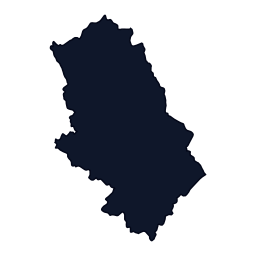 Thong Nong, Cao Bằng, Vietnam
{"feature_id": "81297802B64889817574793", "entity_name": "Thong Nong", "entity_type": "district", "adm_level": 2, "iso_a3": "VNM", "parent_name": "Vietnam", "parent_adm1": "Cao Bằng", "projection": "robinson", "projection_center": [105.937, 22.818], "detail": "fine", "context": "isolated", "style": "filled", "palette": "ink", "viewbox_px": 256, "rotation_deg": 0, "n_neighbors": 0, "source": "geoboundaries", "source_scale": "gbopen_adm2", "svg_char_len": 5708}
<svg xmlns="http://www.w3.org/2000/svg" viewBox="0 0 256 256"><path d="M55.1,142.5L55.9,142.9L56.9,144.4L56.9,145.1L56.4,146.1L55.7,147.3L55.6,147.8L55.9,148.0L57.5,147.8L58.7,148.5L60.2,149.9L63.3,151.6L66.7,153.0L67.4,153.7L67.8,154.5L67.8,156.5L68.1,157.2L69.1,158.7L70.6,160.2L71.5,162.1L71.7,164.7L72.0,165.5L72.5,165.8L73.1,165.9L74.0,165.7L74.4,165.4L75.1,165.5L75.7,166.6L76.3,166.5L77.7,165.9L78.7,165.9L80.1,166.4L84.7,169.5L85.9,170.0L86.4,170.0L88.1,169.5L88.6,169.5L89.4,169.8L90.1,170.8L90.2,174.4L89.9,175.6L88.9,177.4L89.0,177.8L91.0,179.6L92.0,180.0L93.3,179.9L96.1,177.9L96.5,178.0L97.2,178.9L97.7,179.4L98.1,179.6L98.6,179.6L99.6,179.2L100.5,179.1L101.1,179.4L101.7,179.8L106.3,184.7L107.0,184.9L107.9,184.8L108.6,184.3L109.3,184.2L109.6,184.4L111.0,186.6L111.6,187.1L113.7,187.9L114.3,187.9L114.5,188.1L114.6,188.3L114.1,188.6L113.8,189.3L113.1,191.6L112.7,192.5L112.3,193.0L111.2,194.0L108.5,196.6L106.4,198.2L105.8,198.9L105.7,199.4L107.6,201.1L107.9,201.8L107.8,202.5L107.2,203.9L106.7,204.4L103.7,206.4L102.5,207.8L102.0,208.5L101.7,209.4L101.9,210.1L102.4,210.7L104.3,211.9L107.6,212.7L108.7,213.4L109.9,215.1L110.3,215.2L111.1,214.9L112.2,214.7L113.9,214.8L116.7,215.5L117.5,215.5L118.1,215.3L120.2,213.5L122.0,212.0L122.9,212.0L123.9,212.7L124.5,213.8L124.8,215.0L124.8,219.1L125.0,219.8L126.3,221.4L126.6,222.4L126.4,224.5L126.6,226.7L127.2,227.3L127.7,227.4L129.1,227.0L129.7,227.1L130.1,227.4L130.5,227.9L130.5,231.5L130.6,231.9L131.0,232.1L132.0,231.9L133.0,231.4L133.6,231.4L135.8,232.6L137.8,233.1L138.4,233.4L140.1,232.5L142.8,231.3L143.7,231.1L145.4,231.5L149.4,235.9L149.6,236.4L149.7,237.2L149.7,238.1L150.1,239.1L150.8,240.1L151.5,240.6L152.1,240.5L154.0,238.9L154.6,237.2L155.9,234.7L155.7,233.9L154.9,232.9L154.8,232.3L156.7,229.9L157.3,227.5L157.7,226.3L157.9,224.9L158.1,224.7L158.5,224.3L159.1,224.3L160.4,224.8L161.3,225.0L162.3,224.9L163.6,223.4L164.4,221.1L165.0,219.1L165.2,217.2L165.2,216.4L165.5,216.0L168.4,214.6L169.2,214.4L171.3,214.7L171.8,214.4L172.7,213.3L172.3,212.4L171.9,211.9L171.6,211.2L171.6,209.8L172.4,208.5L173.1,206.7L173.2,205.7L173.1,205.2L172.6,204.4L172.7,204.2L173.6,203.7L175.6,202.9L176.2,202.5L176.7,201.8L177.0,201.0L176.9,198.0L177.2,197.7L178.9,196.4L180.1,195.0L180.5,194.6L181.1,194.5L181.6,194.6L182.6,195.4L183.5,195.8L185.5,195.6L186.9,194.2L188.7,191.8L189.5,190.1L190.2,189.1L192.5,186.6L197.0,181.8L199.6,179.0L202.2,176.8L205.5,174.6L205.0,173.9L203.9,172.7L203.0,170.5L201.9,168.6L200.4,165.4L198.1,162.9L196.7,162.3L194.9,161.1L194.2,160.4L194.0,157.9L193.5,157.3L192.8,156.7L191.0,155.6L190.4,155.5L190.3,155.3L190.3,154.8L190.0,153.8L190.2,152.0L190.1,151.7L189.6,151.4L188.0,150.9L187.2,150.8L186.7,150.8L186.7,150.7L186.7,149.4L186.5,148.6L186.1,147.8L186.1,147.4L186.4,146.7L187.2,146.2L188.1,145.0L188.8,143.5L192.8,135.9L193.0,135.0L193.1,134.5L192.7,133.4L191.4,132.1L190.2,131.5L187.1,130.5L186.0,129.6L185.2,128.5L183.9,125.5L183.6,124.4L183.1,123.8L180.7,122.9L177.7,121.3L174.2,119.3L171.4,117.3L170.4,116.5L168.3,115.7L168.1,115.3L167.7,113.5L167.2,113.3L166.0,113.1L165.6,112.7L165.2,111.9L165.1,110.6L165.6,106.9L165.9,105.9L165.9,105.2L165.5,102.5L165.6,100.2L164.8,96.2L164.0,94.5L164.0,94.0L164.1,93.3L164.5,91.7L164.6,90.7L164.2,88.9L163.5,88.2L160.7,87.3L160.0,86.7L159.5,85.9L159.1,84.2L158.1,82.5L156.6,80.4L155.8,78.5L155.5,77.8L153.9,77.0L153.3,76.4L153.2,75.7L153.2,74.9L153.0,73.2L151.8,72.2L151.0,71.3L150.8,70.3L150.9,67.3L151.2,66.0L150.8,65.1L150.3,64.3L149.4,63.4L147.9,63.1L147.4,62.8L146.7,61.4L145.8,60.8L144.9,55.8L143.7,52.6L144.7,50.0L144.7,49.0L143.1,46.2L142.8,45.2L142.6,43.9L142.1,43.4L141.6,43.2L140.7,43.6L136.9,45.2L134.3,46.0L132.9,46.2L132.2,45.9L131.7,45.6L131.1,44.9L129.8,41.0L129.8,40.2L130.3,37.4L130.8,36.2L132.6,33.8L132.7,33.1L132.6,32.3L132.2,30.7L131.9,29.5L130.6,28.5L130.5,28.8L129.2,29.3L121.8,29.2L120.6,29.5L118.9,29.5L118.3,29.3L117.9,29.0L117.7,27.9L117.7,26.2L117.5,25.4L116.7,24.7L115.2,23.9L113.6,23.3L112.7,22.6L111.8,21.1L110.9,20.0L110.4,19.7L109.8,19.7L108.8,20.0L107.6,20.0L107.2,19.9L106.5,19.3L106.2,18.9L105.4,15.8L105.1,15.4L104.8,15.4L104.3,15.7L101.3,19.8L99.6,21.5L96.3,23.2L93.7,23.1L92.1,22.9L91.0,23.1L90.5,23.4L88.4,26.6L87.5,27.8L86.0,28.9L84.2,29.7L83.4,30.4L82.8,31.4L81.6,35.7L80.5,37.7L80.2,38.5L79.6,38.8L78.0,38.3L77.4,37.8L75.9,37.7L74.8,37.8L73.9,38.3L72.7,39.1L71.6,40.1L70.9,40.4L70.4,40.4L63.8,45.1L62.8,45.5L61.8,45.6L61.2,45.5L60.5,44.8L60.0,44.8L59.0,45.6L58.6,45.7L57.7,45.4L56.4,44.4L53.8,41.7L53.5,41.7L53.0,42.4L52.9,43.5L53.1,46.0L53.1,46.4L52.8,46.6L52.6,46.6L51.7,45.9L51.3,46.0L50.8,46.3L50.5,47.3L50.5,48.2L50.7,48.8L51.5,49.6L52.8,50.6L53.3,51.2L53.7,53.0L54.0,54.7L54.5,56.0L55.8,57.9L56.2,58.6L56.6,59.9L57.1,61.0L58.9,62.5L59.9,63.7L60.6,65.4L62.2,68.4L62.6,69.9L63.4,72.3L64.0,74.6L65.0,76.9L66.3,78.7L66.8,79.7L67.4,82.5L68.2,83.8L68.2,84.2L67.8,84.7L67.3,85.3L64.0,87.7L63.1,89.1L63.3,89.8L63.9,90.5L65.0,91.4L65.3,92.0L65.1,92.5L63.9,93.2L63.7,93.5L63.5,94.6L63.8,96.5L64.0,97.2L64.0,98.3L64.3,99.2L64.9,99.7L65.9,100.4L66.2,101.3L66.4,103.7L66.9,106.1L67.2,107.4L67.6,108.2L68.9,108.9L71.0,109.5L72.7,109.8L75.0,112.2L73.1,115.1L72.5,115.7L71.0,116.1L70.4,116.5L69.7,117.2L69.6,117.6L69.6,117.9L70.8,119.5L70.9,119.9L70.5,121.0L70.5,121.7L71.1,122.9L71.4,124.0L71.2,125.7L71.3,126.2L71.4,126.4L73.2,126.2L73.8,126.8L74.6,129.1L75.3,130.4L76.9,131.5L74.7,133.9L74.3,133.9L74.1,133.8L73.1,132.4L72.4,132.3L71.4,132.4L70.3,132.0L70.1,132.1L69.5,133.2L67.9,135.0L66.9,135.9L66.2,136.0L65.6,135.9L64.0,134.6L62.9,133.9L62.4,134.3L61.4,136.3L60.7,138.5L59.9,139.4L59.1,139.9L58.2,140.1L57.2,140.0L56.3,139.4L55.7,139.3L55.5,140.4L55.5,141.7L55.1,142.5Z" fill="#0f172a" stroke="#020617" stroke-width="1.5"/></svg>